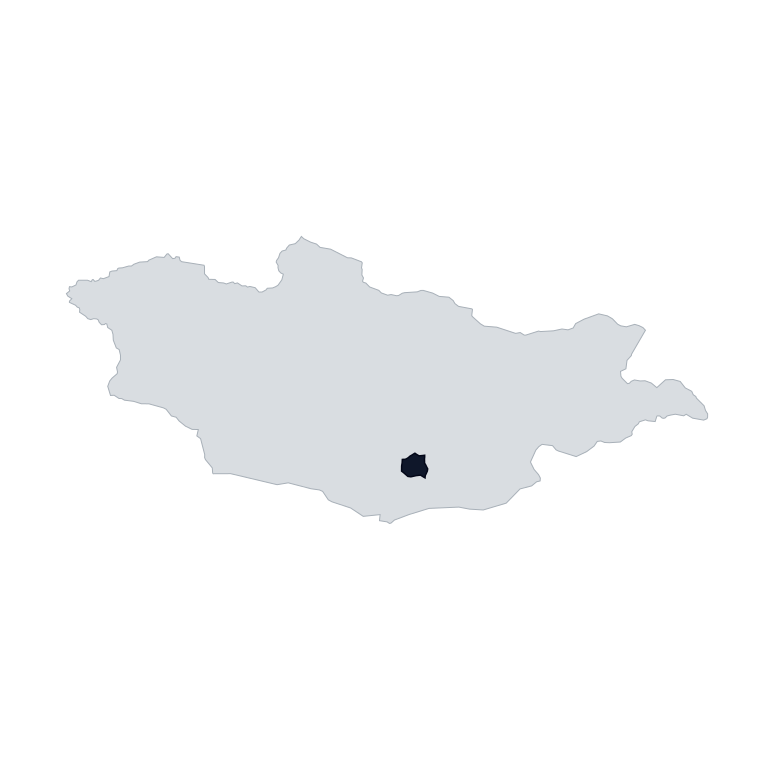 Cogt-Cecii, Ömnögovi, Mongolia shown in context, rotated 6°
{"feature_id": "93677404B54738305211912", "entity_name": "Cogt-Cecii", "entity_type": "district", "adm_level": 2, "iso_a3": "MNG", "parent_name": "Mongolia", "parent_adm1": "Ömnögovi", "projection": "equal_earth", "projection_center": [105.867, 43.804], "detail": "fine", "context": "in_parent", "style": "filled", "palette": "ink", "viewbox_px": 768, "rotation_deg": 6, "n_neighbors": 0, "source": "geoboundaries", "source_scale": "gbopen_adm2", "svg_char_len": 4441}
<svg xmlns="http://www.w3.org/2000/svg" viewBox="0 0 768 768"><g transform="rotate(6 384 384)"><path d="M61.0,320.1L63.4,320.1L67.3,317.7L68.0,314.5L69.4,312.7L78.3,311.8L82.1,312.8L83.0,310.8L83.8,310.5L85.7,312.2L87.8,311.4L89.3,310.7L90.9,308.2L93.9,308.6L99.3,305.9L99.6,301.2L101.7,300.1L106.4,299.2L107.2,297.0L108.2,296.4L111.7,295.8L117.7,293.4L120.5,293.1L122.8,291.0L128.3,288.3L136.2,287.0L136.9,285.6L144.4,281.3L152.1,281.1L154.5,277.4L155.7,277.0L160.7,281.4L163.0,280.8L163.9,279.1L167.1,279.2L168.2,282.3L169.9,283.5L192.6,284.7L193.2,285.9L194.0,293.2L197.9,296.5L198.8,298.2L205.1,297.7L208.6,300.4L214.0,300.3L216.7,301.0L222.2,298.5L223.4,298.4L225.0,299.8L227.7,298.8L232.5,301.3L236.3,300.8L238.1,301.9L240.4,301.0L245.8,301.7L250.0,305.6L253.1,305.3L256.8,302.8L257.9,301.0L263.2,300.1L266.3,298.4L268.3,296.8L271.5,291.1L272.4,285.3L269.8,284.4L267.6,282.5L266.4,279.4L266.3,277.2L264.0,274.0L264.3,272.3L265.9,269.5L266.9,264.9L268.8,262.4L272.4,261.0L272.9,259.2L275.3,255.7L281.1,253.7L284.4,249.8L286.4,245.9L289.0,247.9L296.2,250.6L302.3,251.9L306.1,254.8L316.8,255.5L334.5,262.3L338.3,262.0L348.8,264.8L349.7,265.8L349.5,270.9L350.3,272.3L350.6,277.9L352.5,280.7L351.9,284.0L352.8,285.0L355.4,285.5L359.6,289.0L369.0,291.4L371.8,293.7L378.3,295.3L381.7,294.3L387.2,294.9L389.2,294.5L392.7,291.8L395.0,291.0L407.4,288.9L410.9,287.1L413.2,286.8L422.9,288.5L429.7,291.1L439.5,290.9L444.1,293.8L446.1,296.6L450.0,299.0L463.6,300.1L464.2,300.7L464.1,306.6L464.7,307.6L473.6,314.1L477.7,316.0L490.2,315.7L509.6,319.9L514.1,318.6L518.3,320.7L519.8,320.6L532.2,315.2L534.1,315.5L547.0,313.4L555.2,310.7L561.4,310.9L566.3,308.5L568.3,303.9L576.2,298.6L590.2,291.8L599.1,292.9L604.4,295.3L610.1,300.1L613.3,301.4L619.1,301.8L627.1,298.5L631.5,299.3L635.6,300.8L638.4,303.2L627.1,328.4L627.0,329.9L623.2,335.1L623.0,343.6L617.9,346.7L618.8,351.5L620.1,353.3L626.1,358.2L628.0,357.6L629.6,355.5L632.6,353.8L638.4,354.2L643.3,353.5L649.7,355.1L655.7,359.1L663.5,350.4L671.1,349.3L678.3,350.5L684.0,356.4L690.8,359.1L692.7,362.4L695.4,363.8L696.2,365.4L704.6,372.2L706.5,376.7L709.0,379.9L709.3,383.2L708.8,384.8L705.7,386.5L694.5,385.7L687.7,382.5L685.4,384.3L676.9,383.6L672.1,385.0L668.9,386.2L667.1,388.4L665.7,388.9L664.2,388.8L661.6,387.0L659.3,387.1L658.7,387.5L657.6,393.0L650.3,393.0L647.8,392.3L641.9,394.9L641.1,397.0L638.0,400.0L635.4,405.6L636.1,408.0L635.3,409.5L630.0,412.5L625.1,417.0L614.5,418.8L609.5,419.1L605.7,418.0L602.1,418.8L599.4,423.8L592.7,430.0L582.7,436.1L564.4,432.4L562.0,431.5L558.1,427.7L547.5,427.5L544.5,430.1L541.9,433.9L537.8,446.3L542.2,453.3L547.2,458.0L549.3,461.2L549.4,464.1L546.0,465.3L541.5,469.9L530.3,474.1L518.0,489.7L495.9,498.9L482.2,499.5L471.3,498.6L441.8,503.0L422.8,511.1L408.6,518.2L405.5,521.6L404.0,522.1L401.5,520.8L393.8,520.4L393.8,514.3L377.2,517.8L363.8,510.8L344.5,506.6L340.7,505.0L334.2,497.2L330.8,496.1L322.3,495.8L299.1,492.3L288.2,495.3L240.8,489.2L223.5,491.1L222.9,490.4L222.0,485.4L214.3,477.8L213.3,475.9L213.1,473.0L207.3,457.5L203.3,455.2L204.1,448.7L197.9,449.2L191.0,446.7L184.1,442.2L180.8,438.8L175.9,438.0L170.0,431.9L167.2,430.8L152.3,428.3L144.7,429.0L136.7,427.4L127.5,427.2L124.7,425.9L122.0,426.1L116.8,423.4L113.2,424.0L109.5,415.2L110.9,409.7L113.0,406.5L117.6,401.6L117.7,399.8L116.3,395.4L119.4,387.6L118.9,382.8L117.0,377.4L114.0,376.1L110.2,368.7L109.3,363.0L107.7,359.0L103.3,356.7L102.1,353.3L100.7,353.0L99.7,354.1L96.9,354.6L94.3,352.4L93.0,350.0L91.4,349.3L88.4,349.4L85.6,350.6L82.6,350.0L80.2,347.8L73.7,344.4L73.7,341.8L72.9,340.1L70.9,339.6L69.0,337.9L62.6,335.7L62.5,334.5L64.6,331.8L60.3,329.6L58.7,327.3L61.7,324.3L60.8,322.2L61.0,320.1Z" fill="#d9dde1" stroke="#a8b0b8" stroke-width="1"/><path d="M434.6,473.1L434.6,471.3L434.7,470.4L435.4,468.6L435.6,467.9L436.2,466.1L436.3,464.4L436.3,463.8L436.2,463.6L435.4,462.5L433.4,459.3L432.7,458.9L432.1,454.3L432.1,452.3L431.9,450.6L429.8,451.1L426.4,451.8L424.0,450.7L422.0,449.6L421.7,449.8L421.4,450.0L421.2,450.1L421.0,450.3L420.8,450.5L420.7,450.6L420.4,450.8L420.1,451.0L419.9,451.2L419.7,451.3L419.4,451.6L419.2,451.7L419.1,451.8L418.7,452.1L418.3,452.4L418.1,452.5L417.7,452.8L417.4,453.1L417.2,453.2L417.1,453.3L416.0,454.6L414.1,456.1L412.8,456.7L411.3,456.9L410.1,457.1L410.3,460.5L410.1,463.6L410.5,467.7L410.6,468.8L412.7,470.1L417.4,473.4L420.4,473.5L424.0,472.3L425.4,471.8L429.8,470.8L434.6,473.1Z" fill="#0f172a" stroke="#020617" stroke-width="1.5"/></g></svg>